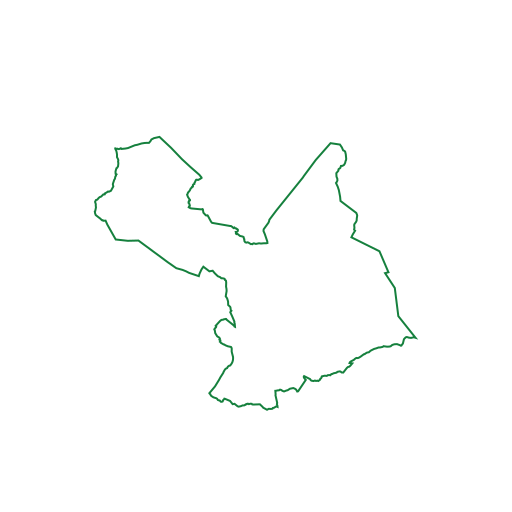 Cherán, Michoacán, Mexico (orthographic projection), rotated 36°
{"feature_id": "50627088B24017538060106", "entity_name": "Cherán", "entity_type": "district", "adm_level": 2, "iso_a3": "MEX", "parent_name": "Mexico", "parent_adm1": "Michoacán", "projection": "orthographic", "projection_center": [-101.993, 19.739], "detail": "fine", "context": "isolated", "style": "outline", "palette": "green", "viewbox_px": 512, "rotation_deg": 36, "n_neighbors": 0, "source": "geoboundaries", "source_scale": "gbopen_adm2", "svg_char_len": 6091}
<svg xmlns="http://www.w3.org/2000/svg" viewBox="0 0 512 512"><g transform="rotate(36 256 256)"><path d="M298.9,394.4L299.7,394.7L300.4,394.7L301.3,395.3L302.3,395.5L303.3,395.4L304.5,395.4L307.6,394.4L308.6,394.4L309.8,394.9L310.6,394.7L311.5,394.2L312.7,394.5L313.4,394.5L314.1,393.9L314.5,393.3L314.1,391.7L314.4,390.5L314.3,390.0L314.8,389.8L320.2,388.5L324.2,389.6L325.5,388.2L329.4,388.4L330.5,388.1L332.1,386.3L333.0,384.7L333.9,384.1L334.4,383.6L334.6,382.8L335.0,382.5L335.1,381.5L335.6,381.3L335.8,380.7L336.0,380.6L336.3,380.2L337.3,380.1L338.2,378.9L339.4,378.1L340.2,378.3L341.1,377.8L346.3,373.7L350.1,374.2L350.9,374.5L355.3,373.9L356.1,372.2L357.9,371.0L358.7,370.3L359.1,369.8L359.0,369.0L359.9,368.0L360.6,366.1L361.2,365.6L362.1,365.4L361.4,364.6L360.0,363.6L359.5,362.4L353.6,357.2L353.2,356.4L350.9,353.7L351.5,353.2L352.3,352.2L353.6,351.1L353.9,350.1L354.2,349.9L355.4,349.5L356.5,349.6L358.3,349.1L359.7,346.9L360.5,346.0L361.5,343.4L363.8,340.9L365.6,340.5L367.0,340.5L369.0,341.4L369.6,340.7L369.1,327.0L368.1,326.8L366.2,326.2L365.5,325.4L365.5,324.9L372.1,323.8L373.3,324.3L374.3,324.2L376.1,323.3L376.9,322.1L377.8,321.9L378.7,321.2L378.9,320.8L379.9,320.5L380.5,318.5L380.2,317.8L380.2,317.4L380.5,316.9L380.5,316.3L380.4,315.6L380.1,315.2L380.0,314.7L382.0,312.4L383.6,311.5L383.9,311.1L384.0,310.4L385.3,309.2L386.2,308.8L386.4,307.2L387.0,306.7L387.7,305.3L389.5,303.3L389.8,302.8L389.9,301.9L391.6,300.1L392.3,299.8L393.7,299.9L395.1,299.0L395.3,293.2L395.6,291.8L396.5,290.7L396.8,289.4L397.0,286.3L394.6,287.6L394.4,286.8L394.7,285.6L396.3,282.3L396.4,281.3L397.1,279.5L398.3,278.8L398.9,278.0L399.8,275.9L400.9,272.4L401.1,271.9L401.6,271.6L401.7,271.0L402.5,269.0L403.9,267.5L404.3,265.5L404.7,264.6L406.2,261.7L407.5,260.1L408.7,258.3L409.2,257.7L410.0,257.2L411.7,255.3L412.1,254.6L412.2,254.0L415.4,252.3L417.0,251.0L418.0,249.9L418.5,247.9L419.8,246.1L421.9,244.4L425.0,243.5L426.0,243.4L426.3,243.0L426.2,242.0L426.3,240.5L424.7,236.6L424.6,235.9L424.9,234.0L425.3,233.2L426.1,232.7L427.7,232.2L429.6,231.1L431.4,229.0L433.1,228.4L406.5,221.0L387.1,200.3L370.5,194.0L372.7,191.3L353.1,179.6L322.2,184.8L321.6,181.6L321.3,177.3L320.4,177.2L319.7,176.8L319.2,175.5L317.2,173.2L316.9,172.3L316.9,169.6L316.6,168.2L315.4,166.3L314.1,163.8L313.4,163.2L311.8,162.2L292.0,161.8L289.2,158.6L284.3,154.0L281.4,151.9L277.8,149.9L277.8,148.6L277.5,147.1L276.4,145.7L274.5,144.5L272.3,141.8L272.5,138.6L271.8,137.4L271.9,136.7L272.3,135.8L272.4,135.1L271.8,133.2L273.0,132.2L273.7,130.4L273.4,128.3L272.6,126.4L272.5,125.6L271.9,124.4L268.8,120.9L266.8,119.2L265.8,119.0L264.4,119.3L261.7,117.7L258.4,116.5L250.0,120.9L247.9,143.2L247.7,163.3L247.8,165.0L245.7,207.2L245.5,218.8L246.1,220.1L246.5,221.7L246.5,229.8L246.9,230.6L247.4,231.4L250.4,233.2L256.6,237.6L257.6,238.8L256.8,239.7L255.2,240.8L252.7,243.0L251.0,243.9L248.8,246.3L246.8,247.0L246.2,247.9L246.2,248.5L245.5,248.8L244.9,249.4L242.0,249.6L241.1,249.9L240.4,250.8L239.3,251.2L237.8,250.7L236.7,249.3L236.3,249.3L234.9,248.0L233.8,248.1L231.2,249.2L228.1,249.0L227.5,249.7L227.1,249.8L226.4,249.5L226.2,249.0L225.5,248.4L226.3,247.8L226.6,246.9L226.5,246.3L226.0,245.5L225.5,245.3L224.9,245.3L224.4,245.5L223.9,245.3L222.9,245.8L221.8,245.6L221.4,246.6L219.6,246.4L218.0,246.5L217.3,247.0L201.2,254.9L200.7,255.0L199.3,254.6L193.1,251.6L192.7,251.7L192.5,252.1L191.5,252.6L188.1,251.9L187.8,251.7L185.6,249.5L185.1,249.5L184.4,250.4L175.6,255.6L174.7,255.9L172.9,256.1L172.7,255.1L173.0,254.7L173.0,254.3L172.3,253.6L171.2,253.0L171.0,252.6L170.3,252.7L169.7,252.0L169.4,250.6L169.8,250.4L169.9,249.8L169.8,249.6L169.4,249.3L169.0,249.3L166.2,248.2L164.2,246.9L164.1,245.7L163.8,245.1L163.7,244.2L163.9,243.4L163.9,241.7L163.5,239.8L163.8,238.4L163.6,237.9L164.1,237.3L164.0,236.5L163.3,235.9L163.2,235.5L163.3,234.7L163.8,233.9L163.2,232.9L163.2,232.0L162.8,230.3L162.8,229.5L163.3,229.0L164.4,228.6L165.2,227.1L166.1,224.9L165.8,224.5L162.4,223.6L150.3,222.5L139.2,221.2L123.7,218.4L107.9,216.4L104.2,220.6L102.9,223.2L103.1,225.2L102.9,227.4L99.8,229.7L97.3,232.2L94.6,235.8L92.9,237.6L89.0,243.9L87.1,245.9L84.2,248.5L83.4,248.7L83.2,248.5L82.3,250.1L81.4,250.6L80.9,250.6L80.4,251.0L80.1,251.6L79.1,251.5L78.9,251.7L79.3,252.1L81.1,253.0L82.5,254.2L84.0,255.7L85.4,257.7L87.7,258.9L88.4,259.6L89.0,260.8L89.9,261.6L90.4,262.3L91.7,264.6L91.8,266.4L91.5,267.0L92.3,269.3L92.8,270.4L94.0,271.9L95.1,271.9L95.0,272.9L95.5,273.3L95.6,274.7L96.4,276.2L96.5,276.7L96.5,277.6L97.7,281.4L98.0,282.1L99.7,283.6L100.3,288.5L99.2,290.5L98.7,290.6L98.3,290.9L97.8,292.5L97.0,294.0L97.0,294.3L97.4,294.9L97.4,295.1L96.3,295.9L95.8,298.9L94.9,300.3L94.6,301.6L94.5,303.6L93.6,304.9L94.0,306.8L95.9,308.2L96.8,309.5L98.0,310.8L99.5,314.1L99.4,314.7L100.8,316.1L102.3,317.1L108.2,317.3L110.3,317.6L110.9,317.1L111.7,317.3L113.5,315.8L117.3,318.0L132.8,325.1L143.3,319.1L151.8,312.6L188.2,312.9L198.7,312.7L204.8,310.4L208.4,309.5L211.7,309.0L221.6,305.9L220.7,303.5L219.8,298.9L219.7,295.6L227.3,295.8L229.6,293.4L232.8,294.2L237.0,294.8L239.4,294.2L241.0,294.4L242.2,293.6L243.6,293.0L244.2,293.0L244.9,293.6L245.6,293.5L246.3,293.7L247.5,295.0L249.8,298.4L251.5,300.0L252.8,301.6L255.2,306.4L257.6,307.3L259.6,308.8L260.3,309.4L262.3,312.0L264.9,312.3L265.5,312.6L267.5,314.7L268.3,314.8L268.2,316.6L272.0,318.7L277.0,321.7L277.7,322.7L278.5,323.2L280.6,325.6L280.0,325.7L279.4,325.3L278.1,325.2L269.7,324.8L268.9,324.5L268.5,324.7L268.0,325.4L267.4,325.8L266.8,326.9L265.6,328.0L265.1,329.8L264.4,336.0L265.0,336.1L265.0,336.6L265.3,336.8L265.3,337.2L265.5,337.3L265.3,339.3L265.4,339.9L265.7,340.1L266.3,340.3L268.4,342.4L271.9,343.8L274.3,343.6L275.5,344.2L275.6,345.2L276.8,345.2L277.1,345.7L277.2,346.6L278.2,346.6L278.6,346.9L281.8,346.6L282.2,346.3L283.8,346.2L286.3,345.6L289.2,344.3L289.9,344.5L290.8,345.2L292.5,347.6L293.4,348.4L296.8,351.2L297.7,352.4L298.5,353.7L299.2,355.5L299.5,357.2L299.5,359.7L298.7,360.7L298.3,362.1L298.5,363.7L297.8,364.9L297.6,366.1L297.9,368.8L298.2,369.8L298.5,375.0L298.9,377.9L299.5,385.6L298.9,394.4Z" fill="none" stroke="#15803d" stroke-width="2"/></g></svg>